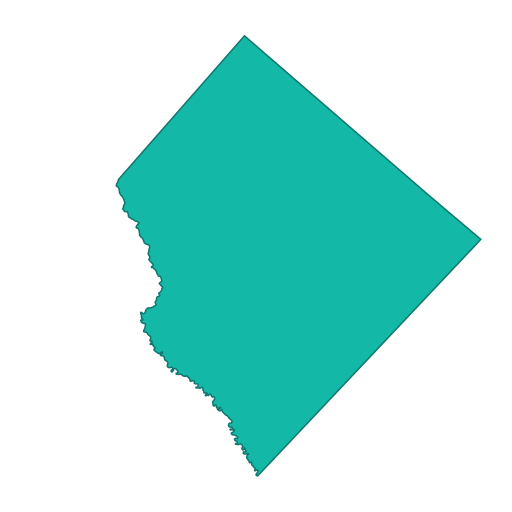 Curacó, La Pampa, Argentina, rotated 42°
{"feature_id": "61730980B59721877076450", "entity_name": "Curacó", "entity_type": "district", "adm_level": 2, "iso_a3": "ARG", "parent_name": "Argentina", "parent_adm1": "La Pampa", "projection": "equal_earth", "projection_center": [-66.382, -38.255], "detail": "fine", "context": "isolated", "style": "filled", "palette": "teal", "viewbox_px": 512, "rotation_deg": 42, "n_neighbors": 0, "source": "geoboundaries", "source_scale": "gbopen_adm2", "svg_char_len": 6167}
<svg xmlns="http://www.w3.org/2000/svg" viewBox="0 0 512 512"><g transform="rotate(42 256 256)"><path d="M199.3,335.3L202.1,337.2L202.7,337.8L202.8,338.6L202.4,340.6L202.4,341.0L202.6,341.2L204.8,341.5L205.3,341.3L206.5,341.8L207.2,341.5L207.7,341.6L208.0,342.1L207.9,343.3L208.7,344.7L209.1,346.0L209.0,346.9L208.6,348.0L208.7,348.7L209.3,349.2L210.5,349.4L210.9,350.2L210.6,351.3L210.0,352.5L209.9,353.3L211.0,354.6L211.3,355.1L211.8,356.7L211.9,357.8L212.1,358.0L214.3,359.1L214.5,359.4L214.3,360.4L213.9,361.2L213.5,363.0L213.1,363.8L212.1,365.5L210.6,366.7L210.4,367.1L210.3,368.0L210.3,370.0L210.9,371.1L211.5,372.6L211.6,372.9L211.5,373.2L210.8,374.3L210.6,374.4L210.3,374.5L209.1,374.4L208.5,374.6L208.3,374.7L208.2,375.3L208.3,375.5L209.8,376.4L211.0,377.0L211.5,377.8L212.0,378.1L212.1,378.4L212.7,378.8L214.1,378.8L214.5,379.0L214.4,379.9L213.4,380.5L213.4,380.9L215.0,381.8L215.6,381.9L216.7,381.7L217.5,381.3L218.8,380.5L219.8,380.9L221.8,384.2L222.3,386.3L222.9,387.2L223.5,387.3L224.6,386.7L225.1,386.2L226.2,385.9L226.7,386.0L227.9,386.5L229.1,386.7L231.4,386.4L232.5,387.1L232.7,387.4L233.4,389.3L233.7,389.7L234.1,389.9L234.6,389.9L235.5,389.0L236.0,389.0L236.6,389.5L236.6,390.1L236.0,391.4L236.5,392.3L237.1,392.0L237.6,391.5L238.2,390.6L238.5,390.5L239.0,390.7L239.2,391.0L239.3,391.4L239.6,391.5L240.6,391.6L241.6,391.4L242.5,391.5L242.7,392.0L242.5,393.1L242.7,393.8L243.0,394.1L243.5,394.2L248.7,393.8L249.3,393.1L249.8,392.4L250.0,391.7L250.0,390.7L250.5,390.1L251.1,390.3L251.4,390.8L251.3,391.4L251.0,392.1L250.9,392.8L250.9,393.4L251.5,393.7L252.3,393.5L253.0,392.9L254.5,392.3L254.9,392.3L257.8,394.2L258.5,394.2L259.2,394.0L260.8,393.9L261.4,394.1L262.1,394.4L262.3,394.6L262.7,395.7L263.6,397.0L264.2,397.4L264.8,397.6L265.3,397.5L265.8,397.3L266.8,396.5L267.8,395.2L268.4,394.9L269.1,395.0L269.5,395.4L269.8,395.8L269.5,397.7L269.9,398.4L270.5,398.7L271.1,398.4L271.3,397.8L271.2,396.3L270.6,395.1L270.6,394.4L271.0,393.8L271.8,393.5L273.4,393.6L275.4,394.1L275.9,394.5L275.9,395.1L275.5,395.8L275.2,396.5L275.5,397.1L276.1,397.1L278.0,395.6L279.1,394.1L279.6,393.7L280.4,394.0L282.1,393.9L283.1,393.3L283.5,392.9L284.2,392.6L284.4,392.2L284.5,391.7L285.0,391.4L287.4,391.6L288.0,391.5L289.2,391.8L290.6,392.9L291.6,392.6L292.6,390.8L293.1,390.4L294.1,390.3L294.6,390.8L294.9,391.4L295.3,391.8L295.7,391.8L296.6,391.5L298.0,390.2L298.6,390.1L299.1,390.2L300.2,391.7L300.3,392.5L299.3,393.7L299.4,394.1L299.8,394.1L301.3,392.7L302.8,391.8L303.6,390.0L303.9,389.6L304.5,389.6L305.3,389.9L305.9,390.8L306.6,391.2L308.1,391.8L308.6,392.4L309.1,392.5L309.6,392.2L310.6,390.8L311.2,390.8L311.7,390.9L312.0,391.3L311.5,392.6L311.6,393.4L311.9,393.6L312.4,393.4L312.6,393.1L312.7,391.9L312.9,391.6L313.2,391.5L313.9,391.5L314.1,391.1L313.8,390.5L313.9,389.9L314.5,389.2L315.2,389.1L316.1,389.7L316.8,390.0L318.1,389.9L318.4,389.2L319.0,388.6L319.5,388.6L320.6,389.6L321.2,390.5L321.2,392.7L321.3,393.3L321.6,393.7L324.5,395.9L325.3,395.4L325.5,395.0L325.4,394.1L325.5,393.7L325.8,393.5L327.3,394.2L327.7,394.8L328.7,395.1L329.5,394.7L329.9,394.3L330.7,392.6L330.9,392.4L331.0,392.4L331.0,393.1L330.6,394.9L330.3,395.7L331.5,395.8L332.6,395.4L333.3,394.5L333.3,393.0L335.6,394.1L338.2,394.5L340.4,394.4L341.7,393.8L344.3,394.5L346.9,394.4L347.9,394.6L348.7,394.9L349.4,395.7L349.4,396.6L348.2,397.9L348.1,398.4L348.3,399.4L348.9,400.3L349.4,400.7L350.5,400.8L351.4,400.4L352.6,399.3L353.3,399.4L354.0,399.9L354.0,400.4L353.9,400.8L353.6,401.2L352.8,401.8L352.7,402.2L353.1,402.4L353.6,402.3L354.3,401.4L355.4,400.5L355.6,400.1L356.5,399.8L356.8,402.0L356.6,402.9L356.2,403.7L356.1,404.1L356.7,404.6L357.6,404.7L358.3,404.6L359.0,404.0L360.5,403.2L361.4,402.9L362.4,402.8L364.1,403.2L364.2,403.8L364.0,404.4L362.8,405.1L362.5,405.9L362.6,406.4L362.9,406.9L363.4,407.1L364.3,407.1L364.9,406.9L365.2,406.5L365.5,406.4L366.0,406.4L366.4,406.6L367.0,407.1L367.2,407.7L366.8,408.5L366.5,408.7L366.4,409.3L366.9,409.4L367.6,409.1L368.8,408.2L369.4,407.5L369.6,406.9L370.5,406.0L371.1,405.9L371.3,405.7L372.6,405.9L373.4,406.3L373.8,406.8L373.9,407.8L374.2,408.5L375.6,409.1L376.1,408.9L376.4,408.4L376.6,407.9L376.2,407.2L375.9,406.9L375.8,406.4L376.3,406.3L377.8,407.2L378.8,407.4L379.1,407.6L379.2,408.3L379.0,408.7L377.8,410.0L378.1,410.7L378.7,411.1L379.6,411.1L380.0,410.8L380.9,409.9L382.1,408.3L382.6,408.1L383.1,408.3L382.7,409.7L383.1,410.6L383.5,411.6L384.3,412.3L388.1,413.2L389.2,413.8L389.8,413.8L390.1,413.6L390.2,412.8L390.5,412.3L390.9,412.2L392.5,414.0L393.3,414.1L393.8,414.0L395.6,414.4L396.7,414.4L397.8,414.7L398.1,415.1L398.3,416.1L398.6,416.4L398.9,416.3L399.4,415.8L399.8,414.3L400.3,414.0L400.9,414.0L401.6,414.9L401.9,415.8L402.1,418.2L402.5,418.7L403.4,418.8L404.4,418.2L411.9,97.3L411.9,93.2L342.8,95.3L100.1,100.1L102.6,291.2L103.3,292.5L103.5,293.2L103.8,293.8L104.2,295.8L105.0,297.1L105.5,297.2L105.6,297.4L106.3,297.4L106.5,297.1L107.1,296.9L108.6,297.6L109.6,297.8L110.4,298.7L111.7,299.7L112.4,300.5L113.9,300.8L114.7,301.2L116.5,301.3L118.0,301.6L120.0,302.5L122.4,303.9L123.1,304.0L123.3,305.1L123.7,306.0L123.7,306.9L123.9,307.3L124.7,308.1L125.0,308.6L125.2,309.7L125.8,310.3L126.6,310.4L128.2,310.8L128.7,310.8L129.7,310.1L130.4,309.3L130.9,309.3L132.9,310.2L134.5,311.7L135.0,312.0L135.5,312.1L136.5,312.0L136.9,311.6L138.6,311.7L139.1,311.6L140.0,311.0L140.5,310.8L141.7,311.1L142.3,311.0L143.9,310.3L144.1,310.0L145.3,309.8L145.8,309.5L146.5,309.5L146.9,310.0L147.0,311.0L146.9,311.7L147.3,314.2L147.6,314.6L148.1,315.1L148.8,315.0L149.2,314.7L149.8,314.4L150.6,314.6L152.4,315.5L154.5,317.3L155.1,318.0L155.6,318.4L157.3,318.9L159.9,318.7L160.5,319.0L161.4,319.6L162.0,319.7L164.1,320.9L164.6,321.0L165.2,321.0L168.9,319.6L169.4,319.6L170.2,319.8L171.4,321.0L171.6,321.8L171.9,322.4L173.5,324.7L173.9,326.0L174.4,326.5L176.0,327.2L177.1,327.4L177.7,327.7L178.2,328.6L178.6,330.2L181.2,330.8L184.9,331.0L185.4,331.2L185.8,331.6L185.9,332.5L185.6,334.0L186.1,334.4L187.3,333.6L188.1,333.6L189.1,333.8L189.7,333.5L190.6,333.6L191.2,333.9L191.8,333.9L192.7,334.4L193.6,335.0L196.4,336.0L196.8,336.1L197.5,336.0L198.2,335.2L198.6,335.1L199.3,335.3Z" fill="#14b8a6" stroke="#0f766e" stroke-width="1.5"/></g></svg>